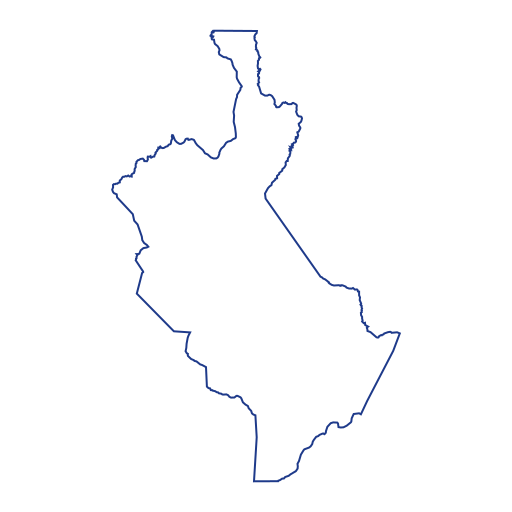 outline of Chibabava, Sofala, Mozambique
{"feature_id": "85939544B25886081823580", "entity_name": "Chibabava", "entity_type": "district", "adm_level": 2, "iso_a3": "MOZ", "parent_name": "Mozambique", "parent_adm1": "Sofala", "projection": "robinson", "projection_center": [33.963, -20.299], "detail": "fine", "context": "isolated", "style": "outline", "palette": "blue", "viewbox_px": 512, "rotation_deg": 0, "n_neighbors": 0, "source": "geoboundaries", "source_scale": "gbopen_adm2", "svg_char_len": 6025}
<svg xmlns="http://www.w3.org/2000/svg" viewBox="0 0 512 512"><path d="M256.9,31.0L213.9,30.7L213.6,31.1L213.8,31.8L213.5,32.4L212.9,32.2L212.5,31.4L211.7,32.3L211.7,34.2L210.5,35.5L210.5,35.9L211.2,36.2L212.0,36.0L213.3,36.4L213.1,36.9L211.6,37.6L211.8,39.1L212.0,39.4L214.0,39.7L214.5,42.9L215.0,44.0L217.7,46.2L219.3,48.9L219.5,50.3L218.8,52.1L219.3,54.4L223.6,57.1L226.4,57.4L227.5,58.4L230.8,59.4L231.7,61.1L232.4,63.1L232.6,64.7L234.0,67.9L236.8,71.6L236.7,77.2L237.0,78.6L239.0,82.3L241.8,86.3L241.6,86.9L240.6,87.8L240.3,89.9L237.1,94.8L237.0,97.1L236.1,99.1L233.5,111.9L234.1,115.6L233.7,121.9L235.0,127.1L235.8,133.6L235.9,137.1L235.4,138.2L233.1,139.1L230.8,140.9L227.9,141.6L226.1,142.8L223.9,146.3L221.4,148.5L220.6,149.7L219.3,152.7L219.4,153.7L218.4,156.5L217.6,157.6L216.4,158.4L213.7,158.5L210.9,157.4L207.6,154.4L205.0,153.3L203.0,150.1L197.3,145.2L195.7,143.1L194.0,140.0L193.5,139.7L191.6,139.1L188.8,139.9L188.3,139.8L187.8,138.6L186.5,138.7L185.6,139.2L184.4,141.7L183.5,142.6L181.0,143.9L179.5,143.9L176.8,142.2L174.9,140.1L173.0,135.3L172.2,135.1L171.8,136.3L172.3,138.7L171.3,140.5L170.8,143.6L170.3,144.2L168.7,144.7L167.6,146.2L166.1,146.6L163.7,148.0L162.2,148.1L160.5,147.0L160.3,146.5L160.0,146.6L159.6,148.2L158.9,148.3L158.7,147.5L158.3,147.5L158.2,149.1L157.2,150.0L157.4,150.4L157.2,150.8L155.5,152.6L155.7,153.6L154.8,154.7L154.3,156.5L153.4,156.5L151.1,157.7L150.8,157.5L150.5,156.1L149.5,156.7L147.8,156.6L147.6,157.7L147.9,159.5L147.0,161.2L144.3,161.1L144.0,159.8L142.8,158.6L140.4,159.0L138.9,160.0L137.9,160.2L136.4,161.9L136.5,163.0L135.8,163.7L135.6,165.8L135.8,167.0L134.6,169.1L134.7,170.9L134.3,171.5L134.1,172.9L132.3,173.8L131.5,174.6L131.4,175.2L131.8,175.9L131.7,176.6L130.5,176.2L129.5,176.5L128.2,175.5L126.8,176.4L125.5,176.1L124.1,176.8L123.1,176.7L122.2,177.5L121.3,179.3L119.8,180.5L119.8,182.4L118.3,182.8L117.4,183.7L115.9,183.7L115.1,184.2L113.9,184.1L113.0,184.9L113.1,187.3L112.2,189.7L113.0,191.9L114.0,193.2L116.7,194.3L117.1,197.4L132.8,214.2L134.2,220.7L137.6,224.5L141.8,236.6L142.3,240.2L144.1,243.0L146.9,245.0L148.3,246.7L146.8,247.5L143.4,248.1L140.7,250.3L139.3,253.7L138.6,254.0L136.6,254.1L137.4,255.1L136.5,256.8L136.6,258.1L136.0,258.6L136.1,259.3L135.7,260.3L143.1,271.5L143.2,272.1L142.1,273.0L136.8,293.6L173.9,331.3L190.1,332.4L188.4,335.8L187.7,337.8L186.6,343.7L186.3,347.9L185.6,351.2L186.7,353.1L187.9,353.9L187.7,354.9L188.0,356.0L191.1,359.0L193.9,360.2L194.4,360.9L196.5,361.4L200.2,364.4L202.1,365.0L206.0,367.1L206.9,386.6L208.5,388.1L210.1,388.4L210.8,390.1L212.4,390.2L212.6,390.6L215.2,391.2L216.7,392.2L218.1,392.4L218.9,393.3L221.3,393.7L222.2,394.4L223.1,394.6L226.4,394.4L228.1,395.2L229.4,396.8L231.0,397.6L234.4,397.5L236.4,395.9L237.6,395.9L240.5,397.3L241.3,398.3L242.9,402.3L245.5,404.6L247.9,406.0L248.7,408.3L251.2,410.9L251.9,413.2L252.3,413.7L253.5,414.6L255.4,415.3L256.7,437.3L254.0,481.3L278.1,481.2L278.3,480.7L280.0,480.1L282.2,478.6L283.9,478.5L285.2,477.0L288.7,475.8L290.4,474.4L295.9,471.1L297.6,468.6L297.8,466.3L297.5,463.8L299.0,461.0L300.9,454.6L303.6,450.2L304.4,449.3L309.0,447.6L310.6,446.4L312.2,444.1L312.8,441.6L313.9,439.8L316.2,436.8L318.2,436.1L319.5,434.9L322.5,433.6L323.4,433.5L324.3,434.2L324.9,433.8L325.8,432.7L326.0,431.0L327.4,426.8L330.7,423.2L333.2,422.4L337.3,422.6L338.0,423.5L338.5,427.1L340.7,427.5L343.5,427.3L346.7,425.7L350.9,422.3L351.3,421.6L351.7,418.3L353.7,414.0L359.1,413.3L360.9,414.3L367.2,400.9L393.2,350.9L399.8,333.4L397.1,332.3L391.6,332.8L391.1,332.2L390.2,331.8L387.9,332.2L384.2,333.5L383.5,334.4L382.0,334.9L381.8,335.3L380.8,335.2L379.0,336.3L378.6,337.3L378.0,337.6L376.5,337.3L370.5,332.1L367.5,331.0L367.3,329.0L366.8,327.8L367.0,327.4L368.1,326.6L365.2,325.0L365.0,322.8L363.8,323.2L362.1,321.5L362.6,320.6L362.1,318.4L362.1,316.9L361.1,315.2L360.9,312.8L361.8,312.1L361.5,310.9L361.9,310.5L361.6,309.5L362.1,308.5L361.6,307.5L361.7,305.9L361.0,305.5L360.5,304.6L361.2,303.9L361.1,303.4L359.7,300.1L360.0,297.4L359.1,295.3L359.1,291.6L357.9,291.4L357.7,290.2L356.9,289.4L354.9,289.6L353.0,288.0L351.8,288.6L349.0,288.5L346.5,287.6L345.7,286.6L342.5,285.3L341.1,285.2L340.8,285.8L340.1,285.8L339.0,285.2L334.0,285.5L331.8,284.9L329.2,283.3L328.7,282.7L328.9,282.3L325.2,279.4L323.1,278.5L321.9,277.3L320.5,276.7L265.6,198.6L265.0,193.5L268.0,188.1L269.7,186.3L271.4,185.2L272.0,182.7L275.2,179.8L275.4,178.8L277.1,178.3L277.0,175.9L279.2,174.1L279.2,173.0L282.2,170.7L282.3,169.2L284.4,167.4L285.8,165.0L285.6,162.4L286.7,161.0L287.7,161.0L287.9,158.3L289.6,156.1L289.8,155.5L289.6,154.5L290.2,153.9L290.4,151.4L289.5,150.8L290.1,149.9L289.5,149.0L290.3,148.7L291.1,149.3L291.0,148.4L290.4,147.3L291.5,147.8L292.7,147.5L292.6,147.0L291.4,146.7L291.5,146.0L292.8,145.3L292.0,144.2L292.8,143.8L293.1,144.0L293.8,142.7L295.2,142.5L296.0,141.6L296.1,140.9L295.4,139.2L296.0,138.8L295.8,137.1L296.4,136.9L297.4,137.8L298.2,135.3L297.3,132.3L298.7,131.6L300.3,128.5L300.3,127.5L299.1,125.7L298.7,123.8L300.8,122.0L301.4,120.8L302.0,118.4L301.6,117.2L301.0,116.6L298.7,116.3L297.3,114.8L296.1,111.6L296.7,110.1L296.5,107.7L296.8,105.9L296.6,105.0L295.9,104.3L293.2,102.9L292.5,103.0L291.5,104.1L288.9,104.2L287.5,103.9L286.9,103.0L286.1,102.9L285.4,102.2L284.6,102.9L283.3,102.5L282.3,103.1L282.1,103.8L279.8,106.5L279.0,107.1L276.7,107.3L276.1,106.9L275.9,105.8L274.4,104.0L274.8,102.4L274.5,99.8L272.2,96.2L270.7,95.1L269.2,94.7L267.3,95.6L265.0,95.6L261.1,93.4L259.1,86.7L258.0,85.2L258.3,84.4L257.8,83.9L259.1,82.4L258.5,81.1L258.7,78.9L259.2,78.0L259.0,77.1L258.1,76.5L258.0,76.1L258.0,74.1L259.0,73.5L259.1,73.0L259.1,72.1L258.2,71.4L259.0,70.8L259.8,70.8L260.5,69.4L260.0,68.8L258.8,69.2L258.0,68.4L257.6,65.9L258.0,63.3L257.9,60.9L259.0,59.7L258.9,58.6L259.2,57.9L259.3,57.7L260.0,57.8L260.3,57.4L259.3,56.3L258.3,53.7L258.2,52.2L257.3,51.2L257.5,50.6L256.7,49.7L255.9,49.4L256.3,48.0L255.9,47.0L256.0,44.7L256.7,42.9L255.8,41.2L254.8,40.2L254.4,37.9L254.8,37.3L254.4,36.3L255.3,34.4L256.6,33.2L256.9,31.0Z" fill="none" stroke="#1e3a8a" stroke-width="2"/></svg>